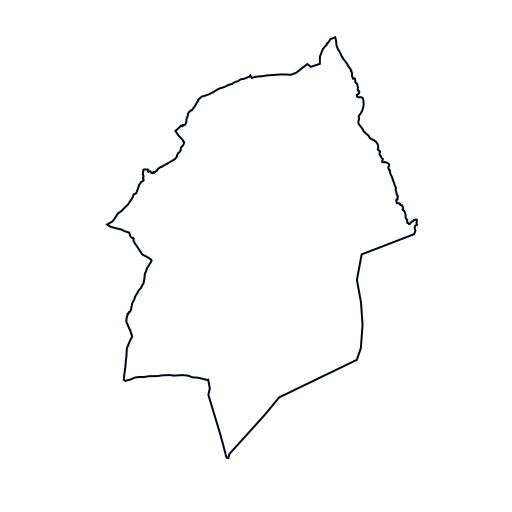 Rømskog nor, Østfold, Norway (Mercator projection), rotated 342°
{"feature_id": "86288312B9110433923998", "entity_name": "Rømskog nor", "entity_type": "district", "adm_level": 2, "iso_a3": "NOR", "parent_name": "Norway", "parent_adm1": "Østfold", "projection": "mercator", "projection_center": [11.789, 59.707], "detail": "fine", "context": "isolated", "style": "outline", "palette": "ink", "viewbox_px": 512, "rotation_deg": 342, "n_neighbors": 0, "source": "geoboundaries", "source_scale": "gbopen_adm2", "svg_char_len": 6075}
<svg xmlns="http://www.w3.org/2000/svg" viewBox="0 0 512 512"><g transform="rotate(342 256 256)"><path d="M398.9,72.4L396.1,72.7L394.4,72.6L393.9,72.8L390.3,75.6L389.7,75.9L389.5,75.6L389.1,75.8L388.5,76.5L388.3,77.2L386.6,77.9L383.5,79.9L378.4,86.1L376.1,93.0L366.6,93.0L364.1,89.3L350.7,94.2L345.0,94.4L342.1,93.2L335.8,91.0L321.9,87.6L317.2,86.9L314.8,86.2L312.8,85.9L311.2,85.5L307.1,85.3L306.3,82.5L304.9,83.4L302.6,83.5L300.5,83.8L296.0,83.3L292.5,84.2L290.4,84.1L288.3,84.3L286.8,84.9L282.0,84.8L280.8,85.2L277.7,85.5L273.2,85.4L270.5,85.8L267.8,86.4L266.5,86.9L260.7,87.7L255.7,87.8L254.0,87.6L250.6,88.9L249.3,89.6L248.5,91.0L246.8,92.1L245.0,93.9L241.7,96.4L239.8,97.7L238.9,97.3L238.0,98.0L236.7,98.4L236.0,99.1L235.6,99.4L235.0,100.0L234.9,100.7L234.6,101.4L232.6,103.6L230.6,108.0L228.7,109.3L228.3,109.2L227.4,109.5L226.9,108.9L226.6,108.7L225.9,109.5L225.7,109.7L224.8,109.1L218.0,112.2L219.8,118.3L220.7,119.8L220.9,120.6L221.4,121.3L222.2,123.2L222.3,123.9L222.2,124.3L222.7,124.8L222.6,125.2L222.7,126.0L222.2,126.3L221.8,127.2L220.9,128.1L218.0,129.9L217.0,132.2L216.1,133.0L214.5,134.0L213.6,134.2L213.2,134.5L212.0,135.9L211.1,137.4L208.6,138.9L207.7,139.1L196.8,141.4L196.0,141.4L195.0,142.0L194.3,141.8L193.7,142.1L192.7,141.8L191.9,142.2L189.9,142.7L188.6,143.8L185.0,145.4L184.7,145.3L185.0,145.0L184.7,144.6L183.5,144.7L183.0,145.2L182.7,145.0L182.1,144.5L182.1,143.9L181.9,143.7L181.7,142.9L180.6,142.5L179.6,142.7L179.4,142.4L179.4,142.0L179.8,141.7L180.2,140.9L179.8,140.5L179.7,140.2L178.2,139.9L177.4,139.3L176.5,139.3L175.8,139.1L175.6,139.2L173.6,143.1L173.8,143.5L173.6,144.5L173.7,145.0L173.7,145.5L172.8,146.4L172.9,147.1L172.6,147.4L172.4,148.0L172.7,148.5L172.7,148.8L172.1,149.4L172.1,149.6L169.8,150.1L166.4,152.6L165.8,153.8L161.5,159.3L158.6,159.6L157.8,161.0L157.1,161.9L150.1,167.5L145.1,169.9L141.7,171.8L137.9,172.8L132.4,177.3L130.0,178.9L127.0,179.4L125.4,179.9L124.2,180.0L125.1,181.4L127.2,183.6L134.6,188.3L135.8,188.9L136.7,189.7L138.6,191.8L142.6,194.5L142.7,198.4L143.3,200.1L145.0,201.3L145.0,201.9L144.5,202.7L144.2,203.7L144.3,204.7L148.1,218.7L148.5,219.6L153.3,224.5L155.1,227.1L155.3,228.1L153.4,230.0L152.6,230.5L149.8,233.0L148.6,233.7L148.3,234.3L146.5,236.8L144.9,238.4L142.4,244.0L140.3,247.6L139.1,248.2L138.2,249.5L137.4,250.0L136.8,250.8L134.4,252.1L133.0,253.1L132.4,253.8L132.2,254.4L131.4,254.7L128.6,257.2L126.8,259.7L123.6,262.8L122.6,264.5L122.0,265.9L121.5,266.5L120.8,267.9L120.3,268.6L119.1,270.0L117.7,270.1L117.2,270.6L117.1,271.1L116.6,271.2L116.4,271.5L116.2,271.4L115.9,271.5L116.0,271.8L115.5,272.3L115.2,273.2L114.6,273.7L113.8,275.1L113.4,275.5L113.4,275.8L113.0,277.1L112.6,277.5L112.4,278.1L112.4,279.1L113.2,287.3L113.6,288.1L113.3,289.3L113.3,289.8L113.3,290.8L113.4,291.3L113.3,291.7L113.5,292.3L113.3,292.6L113.4,294.3L110.4,297.2L105.0,303.5L104.0,305.5L101.6,311.8L100.6,313.7L97.8,320.4L91.9,332.8L93.1,334.4L96.2,334.5L98.1,334.7L103.4,334.2L105.1,334.5L107.7,335.0L112.0,336.5L117.4,337.3L125.0,339.7L129.8,340.5L137.0,342.5L141.0,344.4L149.1,346.5L152.5,347.9L155.2,349.3L157.5,351.3L159.0,352.2L162.1,353.3L166.0,355.5L171.4,358.9L172.3,358.9L171.1,368.0L170.6,368.6L167.8,373.3L166.9,415.9L166.6,420.1L166.5,424.1L165.6,438.5L167.3,439.6L169.6,436.0L214.9,410.0L234.4,397.6L319.8,385.9L327.2,376.1L336.0,354.6L341.5,332.7L344.6,309.9L357.0,287.1L413.2,284.1L415.4,281.2L415.4,279.4L415.8,277.8L416.3,276.8L416.8,276.4L417.8,276.2L418.3,276.3L418.8,276.0L418.6,275.4L418.6,275.1L418.9,274.5L419.1,273.6L420.0,271.8L420.1,271.1L419.5,270.6L418.0,270.8L417.0,270.6L416.0,271.6L414.9,271.4L414.5,271.4L412.6,272.9L411.5,273.0L411.3,272.8L411.2,272.3L410.6,271.2L410.2,271.3L410.1,271.1L410.6,270.0L410.6,269.1L410.9,268.3L410.3,267.1L410.1,266.1L410.4,265.0L410.4,264.7L411.0,262.6L411.1,260.6L410.8,259.0L410.4,258.2L409.7,257.6L409.7,257.1L409.9,256.9L410.6,256.7L410.7,256.1L410.9,255.6L410.9,254.8L410.5,253.9L410.6,253.1L410.0,252.8L408.9,251.7L408.8,251.2L409.1,250.8L409.1,250.6L406.2,249.1L406.7,247.1L406.6,246.3L407.2,245.8L408.1,245.9L408.5,245.0L408.7,243.8L409.0,243.4L409.3,243.3L409.3,242.5L409.3,241.9L409.0,241.5L408.9,240.0L409.2,238.3L409.2,236.5L409.6,235.2L410.2,234.6L410.1,233.4L409.9,232.9L409.8,230.3L409.9,228.4L409.8,227.6L409.6,227.0L409.7,226.6L409.8,225.6L409.6,224.7L409.8,223.7L409.4,220.9L409.2,218.7L409.5,217.2L409.8,216.0L409.4,215.9L409.2,215.5L409.2,215.2L409.0,213.5L409.1,212.9L409.4,212.4L410.5,211.2L410.8,210.7L410.9,210.1L410.8,209.6L410.6,209.1L410.0,208.3L408.6,207.1L407.4,206.4L406.9,206.5L405.1,205.7L405.0,205.3L405.2,204.8L406.2,203.7L406.6,203.1L406.6,202.8L406.0,202.2L405.7,201.1L405.5,200.0L405.5,199.6L404.9,197.7L405.1,196.5L405.9,195.9L406.3,194.9L406.2,194.6L405.5,193.8L405.2,193.0L404.8,192.6L404.7,192.2L405.4,191.6L405.8,190.5L406.0,190.0L406.0,189.5L406.3,188.0L406.2,187.4L406.2,186.8L405.7,185.7L405.6,184.6L404.4,183.1L404.2,182.5L403.5,182.0L402.9,181.3L401.4,180.0L400.6,178.0L400.2,176.3L399.5,175.1L398.9,174.3L397.8,172.1L397.2,171.5L396.7,169.9L396.8,168.6L396.6,168.3L394.5,162.1L394.5,161.3L394.6,160.5L394.9,159.8L396.0,158.2L396.3,157.6L396.6,155.8L396.8,155.2L397.1,154.6L400.5,152.0L401.7,150.8L402.7,149.5L404.5,146.7L405.2,145.1L405.7,143.5L406.1,141.9L406.3,139.5L406.3,139.0L405.8,138.0L405.3,137.6L403.0,136.9L402.2,136.4L401.6,135.8L401.3,135.4L401.3,135.0L401.4,134.5L401.9,133.8L403.7,133.5L404.2,133.2L404.8,132.3L404.9,131.7L404.8,130.7L404.1,130.1L404.4,129.3L404.4,128.5L404.7,127.8L405.1,127.3L405.0,126.1L405.3,124.6L405.4,123.3L404.3,122.0L404.2,121.6L404.4,120.4L404.6,119.9L404.9,118.2L404.8,117.7L404.5,117.4L403.2,117.5L403.0,116.7L403.0,116.1L403.1,115.8L402.9,114.9L403.0,114.4L403.0,114.0L403.4,113.2L403.7,112.3L403.8,111.3L403.7,109.9L403.5,109.6L403.9,109.2L403.5,108.5L403.7,108.1L403.3,106.1L402.9,105.5L402.3,103.7L402.1,101.4L401.2,99.2L401.2,98.7L400.8,97.6L399.9,95.7L399.9,94.7L399.7,93.9L399.6,93.5L399.3,93.5L399.0,90.0L398.6,87.5L397.9,84.6L397.7,83.3L397.6,81.9L397.7,80.5L398.6,76.3L398.8,74.4L398.9,72.4Z" fill="none" stroke="#020617" stroke-width="2"/></g></svg>